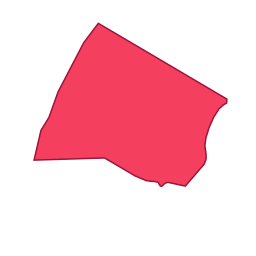 map outline of Al Qahirah (orthographic projection), rotated 213°
{"feature_id": "EGY-1533", "entity_name": "Al Qahirah", "entity_type": "Governorate", "adm_level": 1, "iso_a3": "EGY", "parent_name": "Egypt", "parent_adm1": "", "projection": "orthographic", "projection_center": [31.424, 30.049], "detail": "fine", "context": "isolated", "style": "filled", "palette": "rose", "viewbox_px": 256, "rotation_deg": 213, "n_neighbors": 0, "source": "natural_earth", "source_scale": "10m", "svg_char_len": 590}
<svg xmlns="http://www.w3.org/2000/svg" viewBox="0 0 256 256"><g transform="rotate(213 128 128)"><path d="M199.7,78.6L200.1,93.9L206.3,120.2L211.6,175.5L209.9,199.6L60.8,206.1L58.9,202.7L60.5,199.5L62.1,193.8L62.0,183.6L60.2,172.4L57.3,162.2L54.0,155.2L48.0,148.2L45.5,144.2L44.4,139.3L48.3,110.5L64.3,104.4L65.1,103.9L65.7,103.4L66.3,102.7L66.7,101.8L67.2,100.6L67.6,98.5L67.9,97.7L68.3,97.2L69.0,97.0L69.9,97.2L71.4,97.9L72.3,98.5L73.3,98.7L74.7,98.4L77.5,97.1L78.9,96.2L84.1,93.8L95.6,91.7L131.4,90.1L189.3,49.9L199.7,78.6Z" fill="#f43f5e" stroke="#9f1239" stroke-width="1.5"/></g></svg>